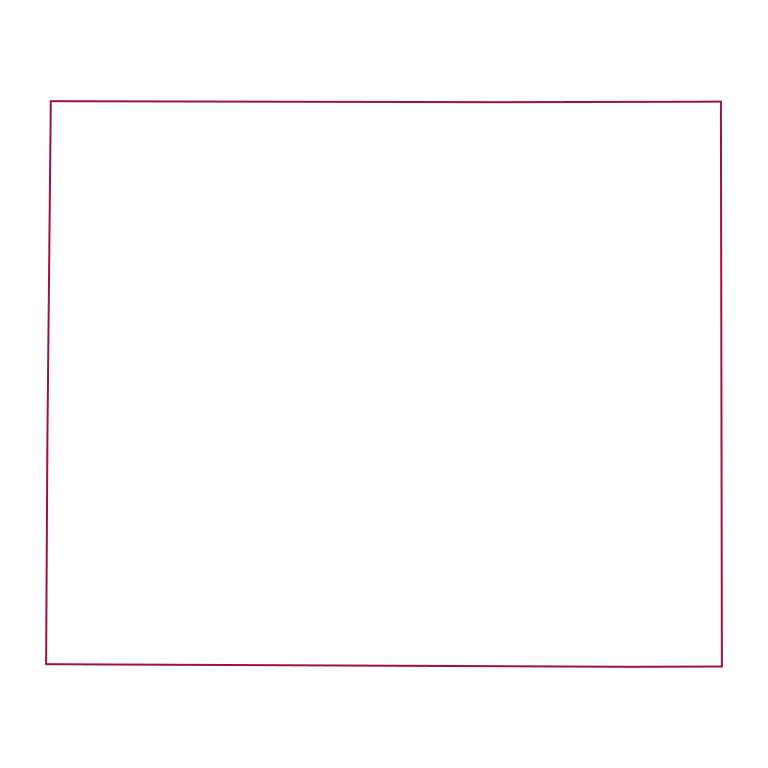 outline of Thomas, Kansas, United States of America
{"feature_id": "52423323B39494503995541", "entity_name": "Thomas", "entity_type": "district", "adm_level": 2, "iso_a3": "USA", "parent_name": "United States of America", "parent_adm1": "Kansas", "projection": "albers", "projection_center": [-101.056, 39.351], "detail": "fine", "context": "isolated", "style": "outline", "palette": "rose", "viewbox_px": 768, "rotation_deg": 0, "n_neighbors": 0, "source": "geoboundaries", "source_scale": "gbopen_adm2", "svg_char_len": 231}
<svg xmlns="http://www.w3.org/2000/svg" viewBox="0 0 768 768"><path d="M46.1,664.2L630.6,666.8L721.9,666.5L720.9,101.6L700.2,101.7L497.8,102.2L50.8,101.2L47.4,438.5L46.1,664.2Z" fill="none" stroke="#9f1239" stroke-width="2"/></svg>